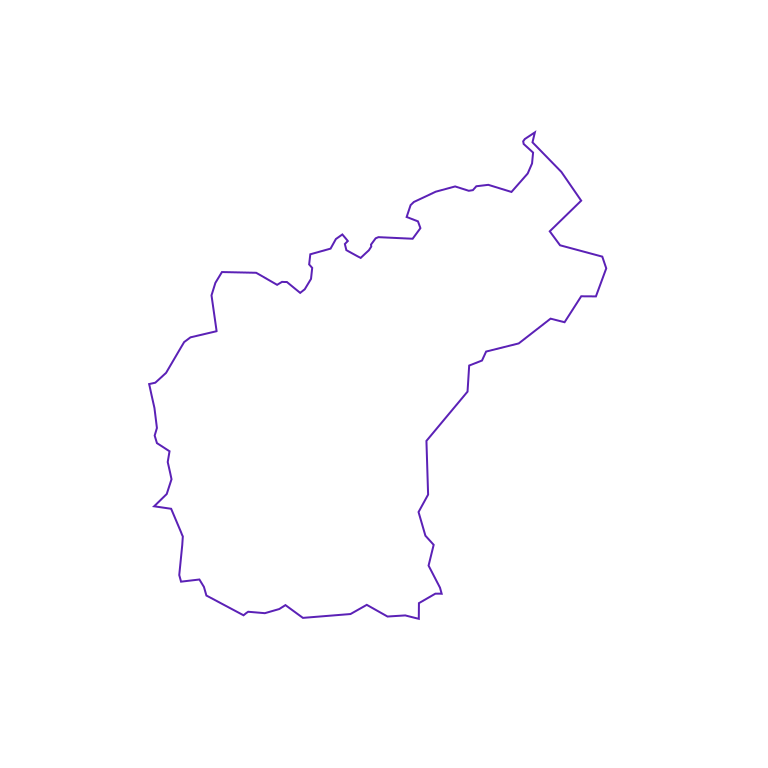 outline of Anne Arundel, Maryland, United States of America, rotated 226°
{"feature_id": "52423323B67559228618519", "entity_name": "Anne Arundel", "entity_type": "district", "adm_level": 2, "iso_a3": "USA", "parent_name": "United States of America", "parent_adm1": "Maryland", "projection": "natural_earth1", "projection_center": [-76.564, 38.975], "detail": "fine", "context": "isolated", "style": "outline", "palette": "violet", "viewbox_px": 768, "rotation_deg": 226, "n_neighbors": 0, "source": "geoboundaries", "source_scale": "gbopen_adm2", "svg_char_len": 1690}
<svg xmlns="http://www.w3.org/2000/svg" viewBox="0 0 768 768"><g transform="rotate(226 384 384)"><path d="M314.9,125.9L314.5,128.1L301.9,139.1L294.9,152.3L293.4,159.5L272.1,163.2L241.8,200.1L237.1,218.2L214.3,225.0L202.8,238.5L190.9,245.9L202.1,256.9L197.5,275.3L193.1,279.8L198.6,282.8L222.4,289.9L233.8,308.0L246.1,308.4L267.9,319.9L273.8,338.9L313.6,375.0L320.5,438.8L338.1,458.1L332.8,470.8L336.4,480.0L319.6,509.1L315.3,549.2L303.0,556.8L310.1,586.8L299.8,597.3L312.8,624.2L324.0,629.5L361.5,607.0L378.7,609.3L378.9,653.2L413.3,658.9L454.7,658.7L460.2,667.3L462.4,655.5L461.9,652.7L459.6,651.2L446.9,652.0L439.8,643.7L435.6,633.6L433.6,609.1L454.8,597.4L462.1,587.8L461.7,582.6L464.1,579.2L476.7,572.4L486.4,554.8L494.2,531.9L494.2,527.4L488.4,516.3L477.4,521.4L471.1,518.6L470.8,518.4L468.6,505.5L475.8,498.7L493.5,482.0L494.6,479.2L493.3,471.5L491.7,470.3L490.7,466.0L490.8,461.9L490.9,454.8L494.2,453.7L506.4,449.9L511.9,453.1L512.0,457.3L515.5,457.6L520.5,457.9L521.7,450.1L518.5,439.6L528.5,421.1L522.0,413.2L517.4,413.0L510.3,404.5L507.2,392.8L507.8,387.0L514.5,386.2L524.8,385.0L527.3,382.5L528.3,381.6L529.6,376.0L548.4,370.6L552.8,369.3L577.1,345.2L573.9,333.0L567.6,321.5L538.3,300.3L538.3,300.2L543.9,290.8L552.0,277.2L553.0,269.3L552.8,268.7L551.5,263.9L543.4,235.0L543.8,220.4L547.1,215.0L545.1,213.8L537.2,208.9L526.2,202.2L510.1,190.1L506.2,183.2L499.4,179.7L499.2,179.6L484.9,182.9L484.6,183.0L478.1,174.2L475.1,172.4L468.7,168.5L463.1,165.0L455.8,151.3L455.7,133.7L442.1,144.2L418.5,135.1L415.9,134.0L414.1,133.4L408.3,127.0L388.8,104.0L382.8,100.7L371.6,115.4L363.1,113.5L355.2,109.3L315.2,122.3L314.9,125.9Z" fill="none" stroke="#5b21b6" stroke-width="2"/></g></svg>